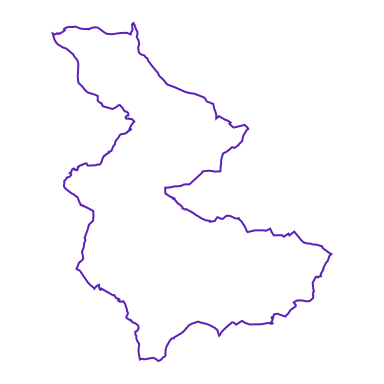 the district of Nocrich, Sibiu, Romania
{"feature_id": "2599482B38030332657871", "entity_name": "Nocrich", "entity_type": "district", "adm_level": 2, "iso_a3": "ROU", "parent_name": "Romania", "parent_adm1": "Sibiu", "projection": "albers", "projection_center": [24.444, 45.866], "detail": "fine", "context": "isolated", "style": "outline", "palette": "violet", "viewbox_px": 384, "rotation_deg": 0, "n_neighbors": 0, "source": "geoboundaries", "source_scale": "gbopen_adm2", "svg_char_len": 5913}
<svg xmlns="http://www.w3.org/2000/svg" viewBox="0 0 384 384"><path d="M232.1,322.3L233.5,322.6L235.0,323.5L236.1,324.7L241.2,321.3L242.3,321.0L245.4,323.0L249.5,324.4L260.6,324.3L268.5,322.9L269.6,323.0L270.4,323.7L272.3,323.7L272.6,323.4L271.7,322.9L271.3,321.8L271.9,321.3L272.7,319.4L271.9,318.5L271.7,317.3L272.0,317.2L272.2,318.0L273.2,317.6L272.8,316.9L273.8,315.5L274.0,314.4L277.2,313.7L285.1,316.5L285.7,316.3L286.7,314.8L288.0,313.8L290.6,309.9L295.6,306.4L295.8,305.1L293.7,302.4L293.9,302.2L296.8,300.6L300.1,300.4L301.8,300.4L306.4,301.3L309.6,301.1L313.0,298.2L313.3,295.5L312.9,295.1L312.9,293.4L313.3,292.2L314.0,291.6L313.3,289.0L312.7,282.7L315.8,277.0L316.7,276.8L318.0,277.4L318.3,276.8L321.0,276.1L320.7,275.2L321.0,273.5L323.0,270.3L322.9,269.7L323.6,268.8L323.4,268.0L323.7,267.3L324.0,267.0L325.8,263.0L327.8,260.8L329.4,256.0L331.3,254.1L330.3,253.7L323.4,248.6L322.6,247.7L321.9,246.2L321.0,245.5L321.3,246.2L317.1,244.8L312.1,244.3L310.8,243.7L306.5,243.3L303.4,242.3L301.2,240.1L294.2,231.6L289.4,235.4L288.4,233.6L283.9,236.7L281.8,235.1L273.8,235.4L271.7,232.1L270.2,228.7L265.8,230.8L263.8,230.3L254.7,230.4L247.6,232.1L246.9,231.4L245.7,228.3L244.0,225.1L243.1,224.1L241.9,221.8L239.0,219.2L238.8,218.2L237.1,218.6L234.8,218.2L230.7,216.1L228.9,215.8L227.4,215.7L226.1,216.1L222.5,219.0L220.5,218.6L218.7,217.5L217.2,217.3L214.6,221.1L210.1,221.7L210.2,221.0L205.5,220.2L202.4,218.9L194.0,213.7L193.7,213.2L191.9,212.4L191.7,211.9L188.1,210.3L186.2,209.0L185.4,209.5L184.8,209.4L182.4,208.3L182.4,207.0L179.6,204.4L177.7,203.4L176.6,201.6L175.8,201.2L174.5,198.8L174.0,199.0L173.8,198.2L173.1,198.6L172.9,198.1L172.1,197.8L172.0,197.3L169.9,196.5L166.4,194.1L165.8,194.0L165.3,193.0L165.2,187.7L167.4,187.7L171.7,187.1L175.0,186.3L178.5,186.3L181.5,185.7L182.9,184.9L184.4,184.4L189.5,184.3L202.0,172.8L202.4,171.6L202.8,171.4L208.5,170.7L212.8,171.1L214.2,171.6L220.4,171.3L220.6,168.1L220.5,167.0L221.0,165.0L221.2,159.7L223.0,153.6L226.9,151.5L229.6,149.5L231.6,147.4L232.1,147.2L234.5,147.9L238.1,145.4L239.6,143.5L242.1,141.1L243.3,135.7L246.9,129.7L248.2,129.1L247.5,127.6L244.6,124.9L235.4,127.2L234.0,127.5L233.0,127.2L229.4,123.8L230.6,122.5L227.1,120.3L225.9,120.1L218.9,116.2L216.2,118.5L216.3,115.0L215.3,111.3L214.2,108.5L213.2,103.8L211.7,103.5L209.9,102.5L207.5,101.9L206.5,101.1L205.3,98.7L203.8,97.3L193.9,93.6L189.0,93.0L184.8,91.7L174.7,87.2L167.7,84.7L167.1,83.9L166.3,83.6L164.5,81.0L161.4,77.7L159.6,76.4L157.8,72.8L154.0,68.4L149.5,62.6L148.5,61.2L147.1,58.0L145.6,57.4L144.5,55.5L141.3,54.5L139.8,53.4L138.7,52.0L138.6,50.3L138.2,48.4L138.3,46.6L139.1,44.8L139.1,43.7L138.6,40.5L136.8,37.4L136.9,35.8L137.5,34.0L137.3,31.6L135.8,28.8L134.9,25.7L133.5,23.0L133.0,23.5L133.0,24.0L132.0,24.4L132.6,29.4L132.2,30.6L131.1,32.3L130.7,34.4L127.1,32.9L126.1,32.8L120.5,33.0L112.3,34.2L107.7,34.0L106.2,33.5L104.0,32.2L97.9,27.6L95.3,27.3L92.2,27.7L88.6,29.3L88.3,28.8L85.2,29.1L80.7,28.6L75.0,26.5L73.3,27.1L69.0,26.9L65.7,27.8L64.0,29.1L64.9,30.2L62.4,32.1L60.1,33.2L60.0,33.6L59.0,33.8L57.9,33.3L57.6,33.8L56.9,33.4L54.9,34.5L52.7,33.5L54.3,39.1L55.9,42.2L57.8,44.3L62.9,47.5L66.4,48.6L73.2,54.4L74.5,56.8L77.5,60.4L78.4,64.0L77.7,77.4L78.5,82.9L82.5,86.7L85.4,90.5L87.8,92.5L94.7,94.6L97.8,96.0L97.7,100.8L100.3,102.9L101.5,103.1L101.6,104.0L102.2,104.5L102.4,105.7L103.1,106.3L112.4,109.0L115.5,107.6L118.4,105.4L119.8,105.0L122.4,107.8L124.6,111.2L125.1,111.5L126.3,111.5L126.7,112.0L127.8,112.5L128.2,113.2L128.5,115.0L128.0,115.6L127.1,115.6L125.8,116.6L125.6,117.4L126.0,118.4L126.8,118.8L128.7,118.4L129.3,118.9L131.8,119.0L134.3,121.5L131.7,124.5L129.7,128.5L130.9,129.1L130.9,129.5L130.3,130.1L129.1,130.1L128.6,131.2L127.3,131.7L126.8,132.7L126.4,133.0L124.7,133.6L120.7,134.3L120.1,134.8L118.0,138.2L115.9,140.4L115.5,142.0L115.1,142.5L114.9,144.2L114.5,145.1L113.4,146.0L111.4,150.9L109.6,151.5L109.6,152.0L109.0,152.6L108.6,152.4L108.6,153.0L106.0,154.2L105.8,155.0L104.2,155.7L104.2,156.2L103.5,156.6L102.0,160.1L101.4,162.4L99.9,164.6L97.9,164.5L95.1,165.3L88.0,165.6L87.1,164.9L86.7,163.6L85.7,163.3L83.3,164.2L82.5,164.8L81.9,164.8L81.9,165.1L79.7,165.6L79.0,166.6L77.8,166.9L77.9,168.3L77.4,169.9L76.7,170.4L74.3,168.8L74.2,169.3L73.4,168.7L72.2,169.4L71.3,171.7L69.7,173.2L71.2,174.0L71.3,174.3L71.0,175.1L70.0,176.4L68.3,177.3L67.1,177.3L66.2,179.0L64.2,181.1L64.3,183.1L63.9,185.6L64.2,186.9L66.0,189.1L67.8,190.5L71.8,193.5L73.4,194.2L77.5,197.4L77.9,198.1L79.6,202.7L80.9,204.4L80.7,205.1L83.2,205.6L83.2,206.2L85.0,206.6L93.2,210.9L93.5,216.1L93.0,220.8L88.9,224.7L88.6,226.3L87.4,230.3L85.4,235.7L85.2,236.8L84.6,237.6L85.5,240.2L84.2,243.0L83.6,247.8L82.3,250.7L82.0,252.5L83.0,256.1L83.2,258.2L83.0,259.2L81.4,260.9L79.1,262.6L76.5,268.9L76.6,269.1L79.7,270.5L87.9,282.5L91.0,285.6L93.9,287.9L94.3,288.7L96.7,286.0L99.0,284.8L99.3,286.8L99.1,287.5L100.0,289.6L100.8,289.8L101.4,288.6L113.2,295.4L114.2,295.1L115.3,296.5L115.9,298.0L119.0,299.0L119.5,299.5L119.4,300.3L118.4,299.9L118.1,300.5L119.6,301.5L121.3,301.8L123.2,301.2L124.2,302.4L125.4,304.6L126.0,307.2L126.8,308.9L127.0,311.0L127.9,312.7L127.9,313.8L126.3,316.9L126.4,317.5L127.1,318.3L128.8,319.5L130.1,319.9L130.6,320.6L131.3,320.4L131.7,321.4L132.4,321.9L132.7,322.4L134.8,323.0L137.8,325.1L138.2,325.9L138.6,327.5L138.4,329.1L137.3,330.7L135.4,331.7L135.3,334.4L136.3,335.8L136.4,338.8L138.1,342.5L139.1,343.6L139.1,345.4L138.6,348.5L138.5,351.5L139.9,359.5L141.4,358.9L142.8,358.8L143.7,359.3L145.3,359.2L153.1,357.8L156.1,359.1L157.6,360.6L158.6,361.0L161.3,359.5L162.8,357.6L164.8,356.4L165.5,355.6L165.4,353.0L165.6,352.2L165.6,349.7L166.5,346.6L169.4,341.3L171.6,338.5L173.9,338.3L174.5,337.2L181.7,333.0L184.0,331.0L189.0,325.2L192.1,323.6L198.2,321.6L201.4,322.8L202.6,322.8L204.8,323.6L205.8,323.6L209.9,325.3L214.7,327.8L217.5,330.2L217.9,332.1L219.1,335.7L220.1,334.6L221.8,331.7L226.0,327.5L232.1,322.3Z" fill="none" stroke="#5b21b6" stroke-width="2"/></svg>